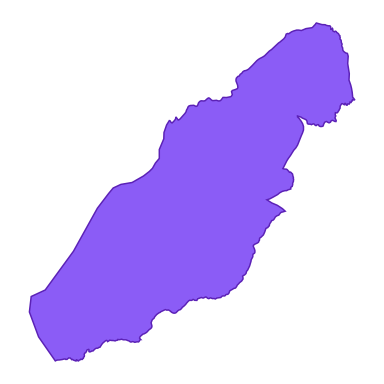 outline of Bolga East, Upper East, Ghana
{"feature_id": "2480657B19171272300465", "entity_name": "Bolga East", "entity_type": "district", "adm_level": 2, "iso_a3": "GHA", "parent_name": "Ghana", "parent_adm1": "Upper East", "projection": "mercator", "projection_center": [-0.786, 10.803], "detail": "fine", "context": "isolated", "style": "filled", "palette": "violet", "viewbox_px": 384, "rotation_deg": 0, "n_neighbors": 0, "source": "geoboundaries", "source_scale": "gbopen_adm2", "svg_char_len": 5969}
<svg xmlns="http://www.w3.org/2000/svg" viewBox="0 0 384 384"><path d="M55.3,360.9L56.5,360.3L57.7,360.0L59.0,360.0L62.4,359.5L63.3,359.2L64.7,359.0L65.6,359.1L65.7,359.4L67.0,359.4L68.6,358.0L69.9,358.0L70.3,358.1L71.8,359.7L72.4,359.4L73.7,360.2L76.0,361.0L76.4,359.8L76.9,359.9L78.0,360.9L78.6,360.9L79.2,360.1L80.1,359.9L80.6,359.3L81.0,359.1L81.9,359.5L82.3,359.4L83.0,358.5L83.4,358.3L83.5,357.3L84.3,356.6L84.4,355.1L84.2,354.3L84.7,353.2L85.7,352.7L86.7,351.0L86.8,350.3L87.1,350.0L87.5,349.7L88.7,349.4L89.0,349.9L88.9,351.4L89.2,351.8L89.6,351.9L90.7,351.7L91.6,351.1L93.1,350.9L94.4,349.5L95.5,348.6L96.3,348.2L97.8,348.2L98.7,347.5L100.0,347.2L101.5,344.8L102.7,343.2L105.5,340.8L106.3,340.4L106.7,340.4L107.1,340.7L107.6,341.6L108.7,341.0L109.7,340.2L111.8,340.5L113.2,340.5L115.2,340.9L116.1,340.4L117.2,340.3L117.6,340.0L117.7,339.6L118.2,339.8L118.7,339.5L118.9,339.6L119.5,339.7L121.6,339.2L123.3,339.8L126.0,339.8L127.9,340.6L128.8,340.8L130.2,341.8L130.7,342.0L131.3,342.0L132.1,341.7L133.0,341.6L134.8,342.3L137.0,341.8L138.6,341.9L139.3,341.1L140.0,339.9L140.4,339.5L140.7,339.5L139.6,338.3L139.6,337.8L140.2,336.5L142.8,334.2L144.4,333.7L146.6,332.4L149.2,329.6L150.6,328.7L151.6,327.6L151.9,326.5L151.9,325.8L151.1,322.8L152.0,320.3L152.5,319.5L154.0,318.3L154.7,316.8L156.6,314.6L158.7,313.0L160.1,312.4L160.7,311.8L165.3,309.6L167.0,310.2L168.2,309.9L169.5,310.5L171.7,312.3L172.8,312.9L174.1,313.2L175.4,313.0L176.0,312.7L178.3,310.4L179.3,309.9L180.4,309.6L181.7,308.3L182.3,307.3L183.5,306.5L185.6,304.5L186.6,303.1L188.5,301.0L189.6,300.3L191.4,300.4L191.9,300.3L192.9,299.5L193.5,299.5L194.6,300.3L196.9,300.4L197.7,298.8L201.3,297.5L202.8,298.0L203.7,298.0L204.1,297.6L205.7,297.0L206.5,297.2L207.4,298.1L208.4,298.6L209.0,298.6L210.3,297.9L210.7,297.9L212.4,298.6L214.1,298.5L215.3,299.0L217.0,298.0L220.8,297.5L221.9,296.3L222.8,295.9L224.7,295.9L225.2,295.6L226.0,294.6L226.4,294.4L227.4,294.4L228.1,294.1L228.9,293.2L229.8,290.8L233.0,289.0L233.6,288.5L235.3,288.1L235.7,287.8L236.7,286.4L237.2,285.2L238.9,283.5L239.5,282.7L241.6,281.1L243.0,279.0L243.0,277.9L242.6,276.2L243.7,275.3L244.5,275.0L246.0,273.5L246.5,271.4L247.7,270.0L249.6,266.0L251.0,261.3L251.2,259.8L252.8,256.8L252.8,255.4L253.1,254.1L254.3,253.3L254.7,252.9L254.9,252.2L254.9,250.7L254.5,249.1L253.3,246.4L253.4,245.3L254.8,244.2L257.4,243.0L258.5,242.2L258.8,241.2L259.4,240.4L259.6,238.4L259.8,238.0L260.8,237.4L263.4,234.9L264.8,231.8L265.9,228.4L267.9,227.5L268.2,226.8L269.3,225.8L269.5,224.3L270.3,222.9L270.8,222.3L271.6,220.6L272.5,220.4L273.4,219.9L273.9,219.4L275.4,216.9L276.9,215.8L278.8,215.1L280.5,212.8L281.5,212.2L282.6,212.0L285.2,211.2L282.5,208.7L277.3,205.3L271.7,202.9L266.9,199.8L269.7,198.9L273.1,197.1L277.7,194.5L279.7,192.8L282.3,191.4L284.8,190.7L286.7,190.6L287.9,189.9L290.8,189.0L290.8,187.5L291.2,187.0L292.2,186.4L292.7,184.6L292.6,183.8L292.9,182.6L293.4,181.5L293.6,179.2L293.3,178.4L293.4,177.2L293.1,176.8L292.5,174.0L290.6,172.1L289.4,172.3L288.9,171.4L288.0,170.6L287.4,169.8L286.5,169.2L284.2,169.0L282.9,168.6L286.9,160.7L288.5,158.2L290.4,155.6L293.7,150.3L295.9,147.8L297.6,145.0L301.3,135.7L302.5,133.0L303.5,130.0L303.5,126.5L302.6,123.7L301.3,121.4L299.4,118.8L297.5,116.9L297.5,116.0L301.0,117.1L302.2,118.0L305.2,119.3L306.2,119.9L306.9,120.9L307.3,123.1L307.5,123.7L308.4,124.1L310.5,124.2L311.4,124.7L312.6,124.1L313.7,123.9L314.4,124.3L315.0,125.1L315.9,125.6L316.4,125.5L316.9,124.9L318.0,124.6L318.4,124.7L319.2,126.0L320.2,126.5L321.8,126.5L322.9,126.2L323.4,125.3L323.5,124.6L324.6,122.4L325.5,121.8L326.5,121.5L327.8,122.3L328.9,122.8L329.3,122.8L330.5,122.1L331.1,120.9L332.1,120.4L332.8,120.4L335.0,121.5L336.0,121.5L336.2,120.5L335.0,117.9L335.1,117.3L335.8,115.9L335.2,115.0L335.4,112.7L337.0,112.9L337.9,112.1L338.3,111.2L338.9,110.6L339.5,109.1L340.0,108.5L340.2,106.0L341.5,104.0L341.8,103.7L342.6,103.7L344.2,104.7L344.8,103.5L345.2,103.4L345.6,103.7L346.0,104.8L346.8,105.2L347.2,105.1L347.3,104.2L347.7,103.9L348.5,103.9L349.0,104.2L349.3,103.9L350.0,102.8L350.0,102.2L351.1,102.4L351.5,101.3L352.3,100.9L352.2,100.1L352.8,99.5L354.0,100.1L354.6,99.7L353.6,98.2L352.7,97.3L352.2,92.3L351.5,88.2L350.7,85.0L349.0,80.1L349.3,73.7L347.7,63.6L348.2,56.2L347.4,53.4L345.6,52.9L343.9,51.6L342.9,50.4L342.6,47.7L342.0,46.7L341.8,45.9L341.7,45.4L342.1,44.2L341.8,43.3L341.4,42.9L341.1,40.2L340.1,39.2L340.0,38.8L340.2,37.5L339.8,36.5L340.0,36.0L339.8,35.6L339.1,35.0L338.5,33.7L336.6,32.3L336.3,31.7L335.6,31.2L334.8,31.4L334.4,31.8L333.0,31.0L332.7,30.6L332.8,29.1L332.4,28.4L331.9,29.0L331.4,29.3L330.8,29.3L330.7,26.9L329.9,25.8L328.4,25.8L326.5,25.4L325.1,24.7L322.0,24.6L316.4,23.0L315.8,23.5L315.4,24.3L314.1,25.6L313.3,26.6L312.0,27.7L306.0,28.6L301.4,30.5L298.8,30.1L296.6,30.1L293.5,31.0L291.4,31.9L288.8,33.7L287.5,33.5L286.2,34.1L285.2,37.0L283.8,38.8L279.6,42.3L278.6,42.9L271.6,49.5L269.3,51.1L264.6,55.8L262.4,57.2L260.0,58.4L258.4,59.4L256.7,60.8L252.3,65.5L248.5,69.2L246.3,70.4L244.3,70.8L243.0,71.6L241.7,73.3L240.1,74.4L239.5,75.7L239.1,76.0L237.8,76.5L236.3,78.2L236.0,79.6L236.0,81.0L237.6,85.2L237.9,87.6L237.4,88.6L235.7,89.4L232.3,90.5L231.5,91.6L232.3,94.5L231.5,96.0L230.7,96.7L226.6,97.5L223.0,97.4L221.1,100.0L220.0,100.8L218.7,101.0L216.4,100.3L213.3,100.6L212.2,100.5L211.1,99.7L210.0,98.6L208.9,97.9L208.1,98.1L206.8,99.1L205.1,100.7L203.7,101.0L201.1,100.8L199.7,101.5L198.5,102.9L197.8,105.0L197.0,106.1L196.0,106.4L193.8,105.3L190.3,105.5L188.9,106.0L188.0,107.0L187.5,108.4L186.4,110.3L186.2,111.5L185.0,113.4L180.1,118.9L179.1,119.7L178.2,120.0L176.2,117.3L175.8,117.4L175.5,119.1L175.0,119.8L173.6,121.5L172.1,122.9L171.7,122.8L171.3,122.6L170.7,121.9L170.3,121.0L169.3,120.6L166.6,125.0L164.0,132.5L163.8,138.8L159.3,149.5L159.3,158.4L155.4,163.1L152.5,168.3L149.4,171.4L143.5,176.0L132.1,182.5L120.9,184.4L113.2,188.0L108.7,193.4L97.4,208.2L73.5,251.2L45.2,290.0L31.2,296.5L29.4,312.0L38.6,336.9L55.3,360.9Z" fill="#8b5cf6" stroke="#5b21b6" stroke-width="1.5"/></svg>